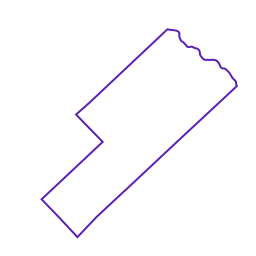 the district of Vernon, Wisconsin, United States of America, rotated 137°
{"feature_id": "52423323B99158038275435", "entity_name": "Vernon", "entity_type": "district", "adm_level": 2, "iso_a3": "USA", "parent_name": "United States of America", "parent_adm1": "Wisconsin", "projection": "natural_earth1", "projection_center": [-91.112, 43.577], "detail": "fine", "context": "isolated", "style": "outline", "palette": "violet", "viewbox_px": 256, "rotation_deg": 137, "n_neighbors": 0, "source": "geoboundaries", "source_scale": "gbopen_adm2", "svg_char_len": 892}
<svg xmlns="http://www.w3.org/2000/svg" viewBox="0 0 256 256"><g transform="rotate(137 128 128)"><path d="M239.4,109.3L239.4,82.7L211.4,84.4L176.1,84.4L170.9,84.3L100.4,84.5L19.8,84.4L19.6,85.1L19.0,86.2L17.8,87.9L17.3,89.1L17.5,93.2L16.3,98.8L16.2,101.7L16.6,105.2L16.8,105.7L18.1,106.9L18.4,107.3L18.7,109.0L18.5,110.1L17.3,113.3L17.3,116.8L18.1,118.4L18.9,119.5L19.7,120.3L20.9,121.2L24.1,124.3L25.2,125.5L25.6,126.1L25.8,126.6L25.9,128.5L25.6,131.6L25.2,132.5L23.8,134.5L23.2,135.8L23.0,136.2L23.0,137.3L23.2,138.8L24.7,141.0L25.6,143.6L26.2,144.3L28.0,145.4L29.0,146.4L29.2,147.0L29.1,148.3L29.1,150.5L29.0,151.5L29.1,153.3L29.7,155.1L29.5,156.2L28.5,159.1L27.5,160.8L26.3,161.6L25.7,162.4L25.5,163.1L25.4,163.8L25.7,165.1L26.5,166.7L31.5,172.7L31.9,173.3L138.6,172.8L156.8,173.3L156.0,135.1L211.8,134.9L239.8,134.8L239.4,109.3Z" fill="none" stroke="#5b21b6" stroke-width="2"/></g></svg>